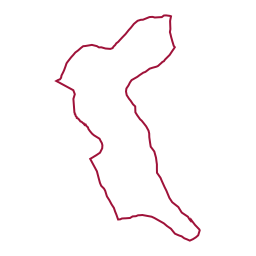 the district of Yorro, Taraba, Nigeria
{"feature_id": "59680162B40051654285197", "entity_name": "Yorro", "entity_type": "district", "adm_level": 2, "iso_a3": "NGA", "parent_name": "Nigeria", "parent_adm1": "Taraba", "projection": "equal_earth", "projection_center": [11.57, 8.882], "detail": "fine", "context": "isolated", "style": "outline", "palette": "rose", "viewbox_px": 256, "rotation_deg": 0, "n_neighbors": 0, "source": "geoboundaries", "source_scale": "gbopen_adm2", "svg_char_len": 2612}
<svg xmlns="http://www.w3.org/2000/svg" viewBox="0 0 256 256"><path d="M90.2,158.9L96.9,171.3L98.8,178.6L100.0,183.0L101.2,185.8L104.0,188.6L105.2,190.8L106.7,195.7L107.0,196.5L109.3,200.1L111.6,204.4L113.9,207.9L115.1,211.5L116.3,214.4L118.1,219.5L120.3,219.3L121.9,218.5L123.5,218.4L125.7,218.3L128.4,218.1L130.0,218.0L132.6,216.4L135.9,216.2L138.0,215.3L140.2,215.2L142.3,215.0L145.6,215.6L148.3,216.1L151.6,216.7L154.4,218.0L163.8,223.3L167.1,226.1L171.0,228.8L173.8,232.3L175.0,233.7L177.7,234.9L179.4,235.6L181.6,236.3L184.3,238.3L187.1,239.4L189.8,240.6L192.9,239.2L195.9,237.3L198.2,235.3L199.7,230.4L199.5,229.9L199.4,229.5L195.0,224.9L192.4,221.5L191.0,219.6L190.7,220.8L189.6,219.5L187.9,216.7L185.2,214.9L181.8,212.6L181.3,211.9L178.3,207.0L175.6,204.9L172.2,202.2L169.4,197.9L167.6,193.6L166.4,190.7L164.6,187.1L161.7,180.7L160.5,177.8L157.0,172.8L156.9,169.2L156.9,164.3L156.6,162.3L156.0,157.7L154.3,151.5L152.9,149.6L150.7,146.7L150.0,142.3L149.3,137.2L149.2,133.5L148.5,130.6L146.2,126.4L143.4,122.8L141.7,120.7L140.1,119.3L137.1,115.1L135.4,112.3L135.3,109.3L135.2,106.4L133.0,104.3L130.7,100.8L129.0,98.7L126.7,95.1L126.0,91.5L126.4,88.5L128.5,85.4L130.0,82.4L131.6,80.1L133.2,79.2L137.4,76.8L139.5,75.2L142.2,73.4L143.2,72.7L145.4,71.9L147.5,70.3L149.6,68.7L152.3,67.8L156.0,66.8L156.9,66.5L158.1,65.9L160.2,64.0L161.9,62.5L162.3,62.0L163.9,61.2L165.0,59.6L166.5,58.1L169.7,54.9L171.2,52.6L172.2,51.1L173.8,48.8L174.8,47.2L173.7,45.8L173.1,43.7L172.4,41.5L171.8,39.3L171.2,37.2L170.5,34.2L169.9,32.1L170.4,29.1L170.3,26.9L170.2,24.0L170.1,21.0L170.5,18.8L171.0,16.3L169.9,15.9L166.1,15.4L163.9,15.5L161.8,17.1L158.0,17.3L154.8,17.5L153.0,17.0L152.6,16.9L150.4,17.0L149.4,17.1L143.0,19.7L140.8,19.8L137.6,20.8L133.9,23.9L130.8,27.8L128.7,30.1L125.6,34.0L122.5,37.2L119.7,40.2L118.3,41.8L116.2,43.4L115.2,45.0L113.6,46.5L112.6,48.1L110.4,48.9L105.5,48.5L102.0,47.5L101.2,47.3L99.0,47.4L96.8,46.1L91.9,44.9L85.4,46.0L83.2,46.2L81.1,47.8L77.9,50.6L75.3,52.5L73.3,54.9L71.2,57.2L67.6,61.8L66.5,63.4L65.5,66.4L64.1,70.2L63.1,72.4L61.5,75.5L61.1,77.7L60.0,79.3L57.9,80.1L56.3,81.0L67.6,87.1L73.3,90.2L74.8,94.2L73.4,98.9L74.4,112.4L74.7,112.9L74.8,114.0L75.3,114.3L75.4,114.9L75.8,116.2L76.3,116.7L76.8,117.2L76.8,118.0L77.7,118.4L78.4,118.7L78.8,119.5L79.3,119.8L79.7,120.4L80.0,120.9L80.5,121.5L81.2,121.6L82.3,122.4L82.8,123.0L83.3,123.3L83.9,123.5L83.9,124.0L84.7,125.0L85.6,124.5L86.4,126.0L87.9,127.3L88.5,129.1L90.0,131.2L92.1,133.7L94.0,135.3L99.5,138.7L100.6,140.9L101.8,143.0L102.4,145.2L102.2,148.3L100.0,152.7L96.6,155.0L90.2,158.9Z" fill="none" stroke="#9f1239" stroke-width="2"/></svg>